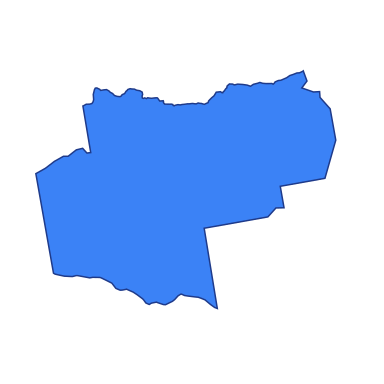 outline of Adams, Idaho, United States of America, rotated 260°
{"feature_id": "52423323B12250244819251", "entity_name": "Adams", "entity_type": "district", "adm_level": 2, "iso_a3": "USA", "parent_name": "United States of America", "parent_adm1": "Idaho", "projection": "robinson", "projection_center": [-116.339, 44.856], "detail": "fine", "context": "isolated", "style": "filled", "palette": "blue", "viewbox_px": 384, "rotation_deg": 260, "n_neighbors": 0, "source": "geoboundaries", "source_scale": "gbopen_adm2", "svg_char_len": 2601}
<svg xmlns="http://www.w3.org/2000/svg" viewBox="0 0 384 384"><g transform="rotate(260 192 192)"><path d="M295.6,99.5L248.4,99.1L248.6,95.3L254.0,91.9L253.6,85.4L248.7,76.2L249.5,71.6L246.1,61.9L240.8,51.7L237.2,41.4L136.1,41.5L134.9,42.9L133.5,46.2L131.3,51.6L129.6,59.0L129.5,59.8L129.8,63.4L129.5,64.9L125.2,76.4L125.2,79.5L123.9,86.2L123.6,87.0L123.1,87.8L116.2,97.2L110.3,100.3L108.0,103.8L107.7,104.6L107.5,106.6L107.6,110.2L107.7,110.6L103.6,116.7L100.3,120.2L95.4,124.8L94.0,125.7L90.7,127.3L88.7,130.3L88.7,130.7L89.3,131.8L89.6,133.0L89.7,138.0L89.2,138.6L86.1,144.3L85.6,146.3L87.6,153.3L87.8,153.9L89.1,156.3L92.2,160.3L93.3,163.1L93.3,163.7L92.8,164.6L91.4,166.6L90.3,169.8L89.2,173.3L87.9,177.6L87.3,179.8L85.9,182.3L83.5,186.1L78.1,190.6L74.4,194.2L72.9,196.7L154.2,197.7L154.3,262.4L161.7,271.9L160.5,279.9L182.3,279.9L182.4,325.3L218.1,342.6L249.9,342.5L262.9,334.5L268.7,335.1L269.4,329.0L275.4,318.2L281.3,324.5L292.0,322.6L291.6,321.9L290.7,318.5L291.0,316.0L290.2,312.0L289.7,308.5L288.1,305.1L287.3,301.8L286.6,298.9L286.8,296.4L286.0,293.0L284.7,291.7L284.1,290.6L285.0,289.5L285.4,286.8L285.9,283.8L286.8,280.4L288.1,277.9L287.7,275.5L287.4,271.2L286.0,268.0L287.7,264.9L289.1,260.6L290.3,255.7L290.2,254.0L290.1,252.9L290.2,252.1L291.2,250.8L291.9,247.6L290.4,245.1L289.2,244.5L288.8,244.5L288.4,244.3L288.3,243.9L287.9,243.3L287.5,242.8L286.6,242.0L285.8,241.2L285.6,240.7L285.3,240.2L284.4,239.5L284.8,238.4L285.8,237.6L286.1,233.2L282.9,230.4L281.4,227.8L279.6,225.2L278.7,224.1L277.2,223.4L276.8,221.5L276.2,219.4L276.9,217.9L277.6,216.6L277.8,215.7L278.1,214.7L278.6,213.5L278.4,212.7L278.1,211.7L278.3,210.3L278.8,208.9L279.1,207.9L279.2,206.8L279.3,204.5L279.6,202.9L279.7,199.9L279.9,197.4L279.8,195.7L280.2,194.1L280.5,193.4L280.4,191.8L280.3,190.3L280.0,189.4L280.5,188.5L281.5,188.3L282.1,187.0L282.4,185.0L282.8,182.9L283.3,180.4L284.3,179.7L285.5,179.4L286.2,179.7L286.9,179.5L286.9,178.9L287.2,176.0L289.3,175.0L290.2,174.6L290.8,174.1L291.0,173.0L291.2,170.7L291.3,168.5L291.8,166.7L292.5,164.7L291.9,163.4L292.9,161.7L292.6,160.3L293.2,159.4L295.2,159.5L296.5,160.3L299.0,160.3L300.8,158.2L301.9,155.1L303.3,153.2L304.0,150.3L304.5,149.0L304.1,146.6L303.1,145.5L302.7,144.6L301.5,143.5L300.6,142.7L300.0,140.1L298.8,138.9L298.4,137.7L299.2,134.8L300.5,132.4L302.8,130.9L304.4,128.8L305.9,127.8L307.7,125.6L307.9,122.7L307.9,121.0L307.9,119.7L309.2,118.9L310.3,117.3L311.0,116.4L311.1,114.8L309.7,113.7L305.2,111.7L300.1,111.2L298.1,110.3L296.5,108.8L296.3,106.4L296.8,103.0L295.6,99.7L295.6,99.5Z" fill="#3b82f6" stroke="#1e3a8a" stroke-width="1.5"/></g></svg>